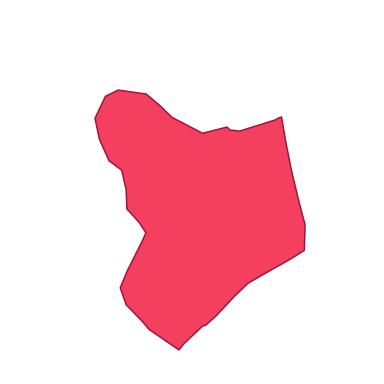 the district of Ngo-ketunjia, Nord-Ouest, Cameroon, rotated 328°
{"feature_id": "32672807B14234433619225", "entity_name": "Ngo-ketunjia", "entity_type": "district", "adm_level": 2, "iso_a3": "CMR", "parent_name": "Cameroon", "parent_adm1": "Nord-Ouest", "projection": "natural_earth1", "projection_center": [10.486, 5.994], "detail": "fine", "context": "isolated", "style": "filled", "palette": "rose", "viewbox_px": 384, "rotation_deg": 328, "n_neighbors": 0, "source": "geoboundaries", "source_scale": "gbopen_adm2", "svg_char_len": 734}
<svg xmlns="http://www.w3.org/2000/svg" viewBox="0 0 384 384"><g transform="rotate(328 192 192)"><path d="M148.8,78.1L141.4,98.3L138.2,121.5L143.9,136.2L137.4,155.1L127.8,171.8L131.0,189.5L131.3,202.2L123.8,207.2L94.8,224.9L80.4,235.2L76.4,252.9L81.4,275.9L82.7,285.7L97.2,319.0L105.3,316.2L130.0,311.3L133.0,312.2L147.0,309.8L172.4,303.0L190.7,299.2L193.1,299.1L216.8,300.0L239.0,301.0L256.3,301.0L269.4,281.5L270.8,278.9L277.3,257.7L287.5,227.1L288.9,223.4L297.2,201.5L299.4,196.0L307.6,175.9L304.9,175.1L301.3,175.1L264.4,165.5L260.9,162.4L257.2,159.9L256.1,155.5L232.0,147.7L215.7,120.0L214.5,117.9L210.6,101.9L205.1,84.7L183.4,66.4L169.3,65.0L160.8,70.4L148.8,78.1Z" fill="#f43f5e" stroke="#9f1239" stroke-width="1.5"/></g></svg>